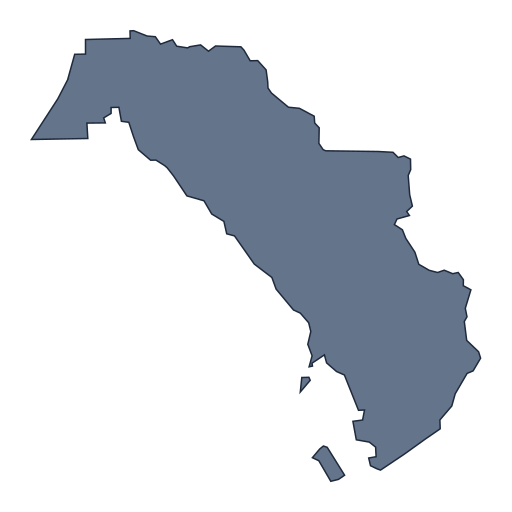 Lafourche, Louisiana, United States of America
{"feature_id": "52423323B36093874947415", "entity_name": "Lafourche", "entity_type": "district", "adm_level": 2, "iso_a3": "USA", "parent_name": "United States of America", "parent_adm1": "Louisiana", "projection": "robinson", "projection_center": [-90.415, 29.493], "detail": "fine", "context": "isolated", "style": "filled", "palette": "slate", "viewbox_px": 512, "rotation_deg": 0, "n_neighbors": 0, "source": "geoboundaries", "source_scale": "gbopen_adm2", "svg_char_len": 1788}
<svg xmlns="http://www.w3.org/2000/svg" viewBox="0 0 512 512"><path d="M85.5,39.5L85.5,54.1L74.7,54.3L67.9,78.8L68.1,78.9L57.8,98.8L31.4,139.5L87.8,138.5L86.9,123.1L105.3,122.9L103.7,117.9L111.1,113.4L111.1,107.5L118.9,107.3L121.4,121.3L128.8,122.3L133.5,136.6L138.3,149.7L150.6,160.2L155.9,160.1L164.5,165.5L167.1,167.7L173.6,176.0L186.9,195.9L204.0,200.8L211.7,214.0L223.9,221.4L226.7,233.8L234.5,235.9L254.3,264.1L271.9,277.5L276.1,289.1L293.5,310.0L300.3,313.1L308.7,322.8L310.8,331.5L307.8,344.3L312.1,355.8L309.1,366.8L312.5,366.1L312.0,363.2L321.1,357.1L324.4,354.9L326.6,362.9L336.5,371.5L344.4,375.0L358.5,410.3L364.5,410.0L362.6,420.0L352.9,421.3L356.3,439.8L369.3,442.1L375.6,447.1L376.1,456.7L368.7,458.0L370.5,465.7L376.7,468.7L380.5,470.1L404.1,454.3L425.4,439.0L440.2,428.8L439.9,419.9L451.8,406.0L455.2,393.8L467.1,373.4L473.1,370.9L480.6,358.2L478.6,351.8L466.7,340.4L464.3,321.5L467.0,316.8L465.3,308.3L470.9,289.8L463.3,285.7L463.4,279.7L458.2,272.5L452.7,273.7L444.2,270.2L437.6,272.5L429.2,270.3L418.8,264.3L414.9,252.2L405.8,238.4L402.4,229.8L394.4,224.6L397.0,219.0L409.4,215.5L406.7,211.5L412.4,206.1L409.7,194.8L408.2,175.5L410.7,169.6L410.5,159.1L404.0,155.9L398.2,157.5L393.0,152.3L378.3,151.5L325.7,150.8L323.1,149.6L318.9,143.4L319.2,127.8L314.7,123.0L314.2,116.2L299.4,108.3L288.4,107.2L271.4,93.0L268.0,88.0L267.7,81.7L266.1,69.9L257.7,60.6L250.2,60.8L244.0,50.2L240.9,46.8L215.5,46.0L208.5,51.2L200.6,44.9L189.7,46.7L187.6,47.9L176.7,46.2L172.5,39.7L160.5,44.1L155.3,36.7L147.0,36.0L133.7,30.7L130.0,30.9L130.2,38.4L85.5,39.5ZM312.4,457.7L318.8,460.7L330.8,481.3L338.5,479.4L344.6,475.2L327.2,447.3L323.4,446.0L319.7,449.0L312.4,457.7ZM301.8,377.5L300.3,392.0L310.2,380.3L308.9,377.3L301.8,377.5Z" fill="#64748b" stroke="#1e293b" stroke-width="1.5"/></svg>